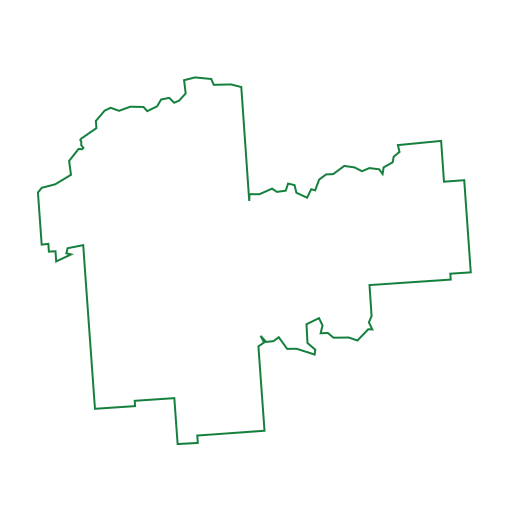 Lake, Montana, United States of America (Equal Earth projection), rotated 266°
{"feature_id": "52423323B67078871310068", "entity_name": "Lake", "entity_type": "district", "adm_level": 2, "iso_a3": "USA", "parent_name": "United States of America", "parent_adm1": "Montana", "projection": "equal_earth", "projection_center": [-114.014, 47.595], "detail": "fine", "context": "isolated", "style": "outline", "palette": "green", "viewbox_px": 512, "rotation_deg": 266, "n_neighbors": 0, "source": "geoboundaries", "source_scale": "gbopen_adm2", "svg_char_len": 1446}
<svg xmlns="http://www.w3.org/2000/svg" viewBox="0 0 512 512"><g transform="rotate(266 256 256)"><path d="M224.7,469.1L317.1,469.0L317.0,448.7L357.9,448.7L356.8,407.9L356.8,405.3L349.8,406.4L345.5,400.3L339.9,398.8L335.5,389.5L329.0,388.0L333.9,384.9L335.8,375.3L333.2,367.6L337.5,360.5L339.7,350.3L332.3,338.7L332.5,331.7L327.8,324.3L317.4,319.6L318.7,315.7L310.6,311.0L316.3,300.7L324.0,299.4L326.0,293.1L319.1,290.2L318.5,281.3L322.1,276.7L317.4,263.8L318.1,253.8L311.4,253.1L425.6,253.1L428.9,242.9L429.7,225.8L435.7,223.7L438.4,207.7L436.4,196.5L423.1,197.2L416.3,190.1L414.6,185.1L419.8,180.5L418.7,172.2L412.2,167.8L408.1,157.6L412.5,154.2L413.7,141.1L410.4,129.5L414.0,121.4L411.6,115.2L401.9,105.7L394.7,105.7L385.4,90.0L384.0,88.8L382.3,89.7L378.8,89.4L375.9,91.3L374.6,89.9L375.2,86.5L363.9,76.2L349.9,77.1L341.5,60.6L339.0,47.1L334.6,42.9L282.3,43.0L282.6,49.7L274.8,49.7L274.7,56.3L264.5,56.3L270.5,71.6L271.9,67.0L276.9,68.6L278.9,84.4L253.0,84.4L159.7,84.6L114.8,84.7L114.7,124.9L120.0,124.9L119.9,164.6L73.9,164.7L73.6,184.9L81.0,184.9L81.1,252.3L165.7,252.1L169.2,258.1L176.0,255.0L169.6,260.1L169.8,267.4L173.4,273.0L161.2,280.6L160.6,290.1L153.6,307.6L158.4,308.6L165.6,301.3L184.4,301.6L189.6,314.5L182.2,317.5L174.4,315.1L174.2,322.3L169.1,327.6L168.2,342.9L164.6,351.3L175.1,362.9L174.6,366.9L181.9,364.0L188.0,367.1L219.1,367.2L218.9,448.6L224.8,448.6L224.7,469.1Z" fill="none" stroke="#15803d" stroke-width="2"/></g></svg>